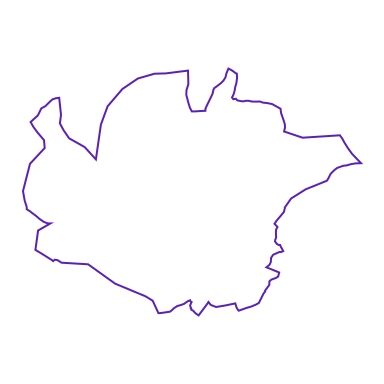 Ikeduru, Imo, Nigeria (orthographic projection)
{"feature_id": "59680162B47841916602322", "entity_name": "Ikeduru", "entity_type": "district", "adm_level": 2, "iso_a3": "NGA", "parent_name": "Nigeria", "parent_adm1": "Imo", "projection": "orthographic", "projection_center": [7.171, 5.555], "detail": "fine", "context": "isolated", "style": "outline", "palette": "violet", "viewbox_px": 384, "rotation_deg": 0, "n_neighbors": 0, "source": "geoboundaries", "source_scale": "gbopen_adm2", "svg_char_len": 2664}
<svg xmlns="http://www.w3.org/2000/svg" viewBox="0 0 384 384"><path d="M280.5,108.7L272.2,104.1L270.4,103.7L266.8,103.0L265.7,102.9L263.6,102.7L262.2,102.4L260.7,101.8L259.7,101.5L257.3,101.6L252.8,101.6L250.5,101.3L249.6,100.9L247.9,100.8L245.7,100.8L243.2,101.4L241.4,101.2L238.3,100.6L237.2,100.3L236.3,99.2L235.9,98.8L233.3,99.2L232.0,97.5L233.0,95.6L233.8,93.7L234.6,90.8L235.3,86.6L236.2,83.9L236.6,81.5L237.1,77.4L236.8,73.6L235.7,73.2L234.5,72.3L232.8,71.0L230.7,69.7L228.4,68.6L226.4,73.5L225.5,77.3L223.4,80.7L221.1,83.0L216.7,86.4L214.3,88.1L213.4,89.8L212.6,93.6L211.1,96.9L207.5,104.2L205.6,108.3L205.4,109.3L205.4,110.8L203.3,110.9L199.5,111.1L195.0,111.4L191.8,111.4L189.9,107.7L188.6,103.6L186.3,94.9L186.5,90.1L188.3,84.4L188.3,81.3L188.0,70.6L165.8,73.4L154.6,73.7L137.9,78.5L122.4,89.0L107.6,106.3L100.9,124.6L95.9,159.4L84.7,147.1L69.1,138.3L63.5,130.1L59.9,123.4L61.0,114.9L59.2,97.8L56.0,98.2L52.6,99.3L50.6,101.0L45.2,106.3L41.4,108.3L37.8,115.5L30.6,122.0L33.6,127.2L37.6,132.6L44.0,140.1L44.7,148.0L30.0,163.8L23.0,191.1L24.7,200.7L26.7,206.9L26.7,209.2L29.7,211.1L32.4,213.2L35.8,215.7L39.5,218.9L43.8,221.9L47.8,223.4L50.4,223.4L38.1,230.5L35.4,249.9L41.9,253.8L48.9,258.2L51.2,259.6L53.2,261.1L54.7,259.7L56.8,260.0L58.0,260.4L61.5,262.7L88.1,264.3L115.2,283.7L145.5,296.3L152.7,300.7L158.4,313.1L160.2,313.1L170.0,311.7L172.2,309.9L174.0,308.2L177.2,306.1L180.5,305.1L183.8,304.0L186.8,301.9L187.3,301.6L187.9,301.2L188.8,300.8L190.0,300.4L190.0,300.9L190.4,301.2L191.6,302.0L191.1,302.8L190.9,303.5L190.5,304.5L190.1,305.4L190.4,306.5L190.9,307.6L190.7,308.3L191.5,309.1L191.4,309.8L193.3,310.8L195.3,313.1L198.6,315.4L206.2,305.3L208.5,302.0L210.7,304.9L216.1,307.0L225.7,305.4L235.3,303.4L236.6,307.7L237.7,309.4L238.7,310.7L246.3,308.0L251.1,306.6L255.9,304.6L258.8,303.0L263.7,293.3L265.2,291.5L265.1,290.6L269.3,284.9L269.4,281.3L271.4,279.6L275.8,278.0L278.1,276.6L279.2,272.5L266.4,267.3L269.6,264.7L270.8,262.0L271.1,257.8L273.2,254.7L279.4,252.0L280.9,252.1L283.2,251.1L282.1,248.9L281.8,248.4L281.1,247.3L280.1,245.0L278.8,245.0L276.8,243.9L275.0,241.4L275.3,239.7L276.1,237.6L276.0,234.5L275.9,232.9L276.1,229.6L277.5,227.0L274.5,223.8L276.5,220.8L280.4,216.2L283.9,212.0L284.8,208.4L284.8,207.5L291.1,198.5L305.7,189.3L326.9,180.7L328.3,178.5L330.1,174.8L330.8,173.7L332.0,172.4L334.7,169.8L337.4,167.8L339.3,167.2L342.2,166.1L344.1,165.6L346.2,165.5L347.3,165.2L349.4,164.6L351.2,164.1L353.1,163.8L355.4,163.4L361.0,163.2L352.1,153.9L348.1,148.4L344.3,142.4L342.4,138.8L339.9,135.3L302.6,137.7L284.1,131.5L285.0,127.5L284.9,124.7L284.1,121.7L281.1,113.1L280.5,108.7Z" fill="none" stroke="#5b21b6" stroke-width="2"/></svg>